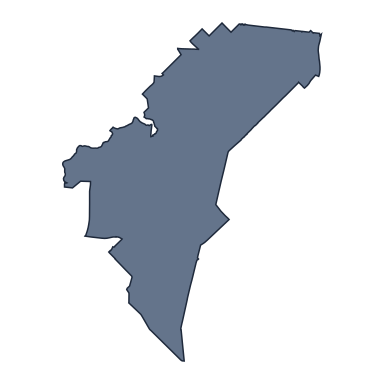 Canning, Western Australia, Australia (orthographic projection)
{"feature_id": "25037944B2496866637958", "entity_name": "Canning", "entity_type": "district", "adm_level": 2, "iso_a3": "AUS", "parent_name": "Australia", "parent_adm1": "Western Australia", "projection": "orthographic", "projection_center": [115.903, -32.049], "detail": "fine", "context": "isolated", "style": "filled", "palette": "slate", "viewbox_px": 384, "rotation_deg": 0, "n_neighbors": 0, "source": "geoboundaries", "source_scale": "gbopen_adm2", "svg_char_len": 5804}
<svg xmlns="http://www.w3.org/2000/svg" viewBox="0 0 384 384"><path d="M222.0,23.0L221.6,23.4L209.1,35.9L202.1,28.9L198.0,33.1L194.3,36.7L193.9,37.0L190.0,40.8L190.6,41.7L191.6,42.8L193.0,44.2L196.4,47.3L198.0,48.7L198.3,49.1L199.2,49.4L194.6,49.2L194.4,49.1L192.7,49.1L182.3,48.8L179.5,48.6L177.7,48.4L177.7,49.0L177.9,49.6L178.2,49.9L181.1,54.7L163.0,72.7L162.4,73.2L162.1,73.4L163.4,74.9L161.5,76.2L160.4,76.4L159.8,76.5L158.8,76.5L154.4,75.9L154.2,80.1L154.1,81.2L154.1,81.8L154.0,82.3L153.6,82.9L153.2,83.5L152.9,83.8L151.9,84.8L150.2,86.2L145.4,90.9L142.4,94.1L146.5,98.2L147.2,99.0L148.5,107.9L144.0,112.3L144.4,113.6L144.7,114.8L144.7,115.4L144.6,115.7L144.2,116.5L144.2,117.0L144.2,117.3L144.6,117.4L145.4,117.8L146.0,118.5L146.4,118.6L146.7,118.7L146.8,118.6L147.4,118.6L148.3,118.9L148.5,118.8L149.2,118.8L150.0,119.1L150.6,119.4L151.2,119.5L151.3,119.7L151.5,119.8L152.1,119.8L152.5,120.2L152.9,120.4L153.2,120.8L153.4,121.1L153.6,121.8L153.7,122.6L153.9,122.9L154.1,123.2L154.3,124.4L154.6,125.0L154.7,125.8L154.8,126.2L154.9,126.3L156.4,127.8L156.7,128.3L156.8,128.4L157.2,128.4L157.6,128.9L157.6,129.0L157.5,129.4L157.4,129.8L157.6,130.2L157.4,130.6L157.0,131.1L156.7,131.4L156.6,131.9L156.3,132.2L156.3,132.5L156.1,133.0L155.7,133.5L155.2,133.8L154.9,134.0L154.7,133.9L154.5,134.2L153.6,134.8L152.9,135.0L152.7,135.3L152.6,135.6L152.9,136.0L150.9,136.7L150.8,136.3L150.8,134.1L151.0,133.3L151.0,132.8L151.1,131.1L151.6,127.5L151.6,127.0L151.9,125.0L151.8,124.7L151.7,124.4L151.2,124.4L149.4,125.5L149.2,125.6L148.7,125.4L148.2,125.0L147.8,125.0L146.5,125.3L145.6,124.9L145.3,124.5L144.8,124.1L142.0,122.9L141.4,122.4L140.5,122.0L139.3,120.8L137.8,118.8L137.5,118.5L136.7,117.9L136.1,117.7L135.7,117.4L135.2,117.3L134.7,117.4L134.2,117.7L133.9,118.2L133.7,119.0L133.3,119.8L132.9,121.5L132.7,121.9L131.7,123.3L130.3,124.0L129.9,124.1L129.4,124.3L126.7,125.8L125.6,126.2L124.7,126.9L123.8,127.0L123.1,127.3L119.9,127.9L117.9,128.9L117.6,128.9L116.6,128.7L115.7,128.5L114.2,127.9L113.6,127.6L113.4,127.4L113.2,127.2L112.8,127.3L112.1,128.4L111.8,128.6L111.6,128.7L111.2,129.1L110.0,130.5L109.9,130.7L110.1,130.9L111.7,131.8L112.2,132.6L112.6,133.7L112.6,133.8L112.4,134.6L112.2,135.0L111.5,135.4L111.3,135.6L111.3,136.3L111.0,137.0L110.5,137.4L110.3,137.8L110.0,138.1L108.5,140.7L108.0,141.2L107.7,141.5L105.2,141.8L104.8,142.0L104.5,142.3L104.4,142.4L104.0,142.6L103.7,142.4L103.2,142.7L102.9,143.4L102.4,144.5L101.6,146.1L101.3,146.5L100.8,146.8L100.3,147.1L98.8,147.4L97.7,148.1L97.3,148.2L96.8,148.2L95.5,148.1L92.9,148.2L91.4,148.0L90.8,147.8L90.4,147.6L89.2,146.8L88.5,146.5L87.0,146.4L85.7,146.0L84.8,145.9L84.1,145.9L82.3,146.4L81.9,146.2L81.1,145.7L80.5,145.6L79.8,145.6L79.4,145.8L78.6,146.4L78.2,146.9L77.2,148.2L77.1,148.6L76.6,149.7L76.6,151.5L76.3,152.5L76.0,153.1L75.6,153.4L74.6,154.1L73.8,155.4L73.4,155.9L72.4,156.8L71.8,157.6L70.8,158.7L70.0,159.3L69.0,159.7L65.4,160.8L64.7,161.1L63.8,161.7L63.2,162.3L62.9,162.9L62.8,163.3L62.7,163.9L62.8,164.6L63.0,165.3L63.3,166.0L63.7,166.6L64.3,167.6L64.6,168.3L64.8,169.0L64.7,169.5L64.7,170.4L64.7,171.9L64.8,172.5L65.1,173.1L65.3,173.8L65.3,174.7L65.1,175.6L64.8,176.1L64.0,177.2L63.6,178.2L63.5,178.7L63.7,180.1L63.9,180.6L64.3,181.2L64.7,181.6L65.3,182.1L66.5,182.7L66.9,182.9L66.7,183.0L66.2,182.9L65.2,183.2L64.7,183.1L64.5,184.2L64.5,187.0L72.5,187.9L80.6,181.2L90.5,181.5L90.5,184.2L90.4,185.3L90.2,186.9L89.8,189.6L89.6,191.4L89.6,203.6L89.5,216.3L89.4,219.5L89.3,220.7L88.7,224.6L88.2,227.4L87.2,231.2L86.2,234.1L85.6,235.8L85.2,235.8L85.0,236.1L91.2,237.0L101.8,238.2L104.6,238.4L106.0,238.3L107.2,238.2L108.7,237.9L112.0,237.2L113.1,237.0L114.2,237.0L115.3,237.0L116.0,237.1L116.1,236.7L117.7,237.0L118.7,237.2L119.7,237.6L121.6,238.7L122.1,239.0L121.9,239.3L114.7,246.3L114.6,246.8L114.4,246.9L114.1,246.9L113.8,247.1L113.3,247.0L112.8,246.8L111.9,248.9L111.4,249.6L111.0,250.2L110.4,250.8L110.2,250.6L108.8,252.0L109.2,252.4L109.2,252.6L115.2,258.7L115.0,258.9L125.9,270.2L131.8,276.2L132.0,277.4L130.6,282.4L129.6,286.0L128.7,286.9L127.5,288.0L127.2,288.3L127.0,288.8L126.7,289.6L128.9,292.9L129.0,294.1L128.9,302.7L128.8,302.9L140.9,314.4L142.3,316.7L149.3,328.8L149.8,329.5L150.2,329.9L150.7,330.3L180.7,359.9L181.2,360.3L181.6,360.6L182.1,360.8L182.6,360.9L184.2,361.0L182.4,343.0L181.1,329.7L180.8,329.7L180.8,328.7L180.9,328.2L181.1,327.0L182.1,322.5L182.4,321.4L187.2,299.7L187.5,297.9L190.5,285.2L191.0,283.3L191.8,280.4L192.3,278.4L196.1,262.7L196.4,261.8L196.7,260.8L197.0,260.2L197.5,259.6L197.8,259.7L198.5,259.0L197.5,257.9L197.8,256.2L200.6,245.1L202.7,243.8L204.6,242.5L205.4,241.8L207.1,240.3L229.1,219.5L228.0,218.3L225.1,215.6L221.0,211.3L215.8,204.6L221.0,181.8L223.8,170.4L227.9,152.9L228.1,152.3L228.3,151.7L228.7,151.2L229.1,150.7L234.9,145.4L241.1,140.0L241.4,139.3L244.1,136.8L244.4,136.8L244.5,136.4L245.6,135.3L246.6,134.5L246.4,134.4L248.1,132.6L250.9,129.9L251.9,128.7L254.7,125.7L255.3,125.6L256.9,124.0L257.8,123.1L257.7,122.9L262.9,117.9L264.0,117.0L266.7,114.2L267.6,113.4L268.8,112.2L269.9,111.1L270.7,110.2L276.2,104.9L283.0,98.0L285.8,95.4L298.5,82.6L298.6,82.3L302.5,86.1L303.1,86.9L304.4,88.1L305.1,87.6L306.5,86.2L306.8,86.0L307.7,85.1L308.0,84.6L309.0,83.5L309.7,82.2L310.8,80.5L315.5,75.1L318.7,76.4L319.2,75.0L319.7,72.6L320.0,69.6L320.0,67.0L319.5,61.4L319.1,59.1L318.7,54.8L318.4,52.5L318.2,50.5L318.3,49.0L318.4,47.9L318.6,45.8L319.9,41.0L321.3,34.3L319.9,35.7L319.7,34.4L319.5,33.4L313.3,32.7L313.1,33.0L310.7,30.6L309.0,32.2L302.3,31.4L301.9,31.9L301.3,31.3L295.0,30.6L294.2,31.5L293.0,30.3L292.3,30.9L291.5,30.1L291.2,29.9L265.8,27.0L265.2,27.1L248.3,25.1L245.8,24.6L245.5,24.3L244.8,25.0L244.2,24.3L243.5,25.0L242.6,24.0L241.9,24.7L241.2,24.0L240.6,24.7L239.9,24.0L239.2,24.0L231.0,32.2L225.7,26.8L222.0,23.0Z" fill="#64748b" stroke="#1e293b" stroke-width="1.5"/></svg>